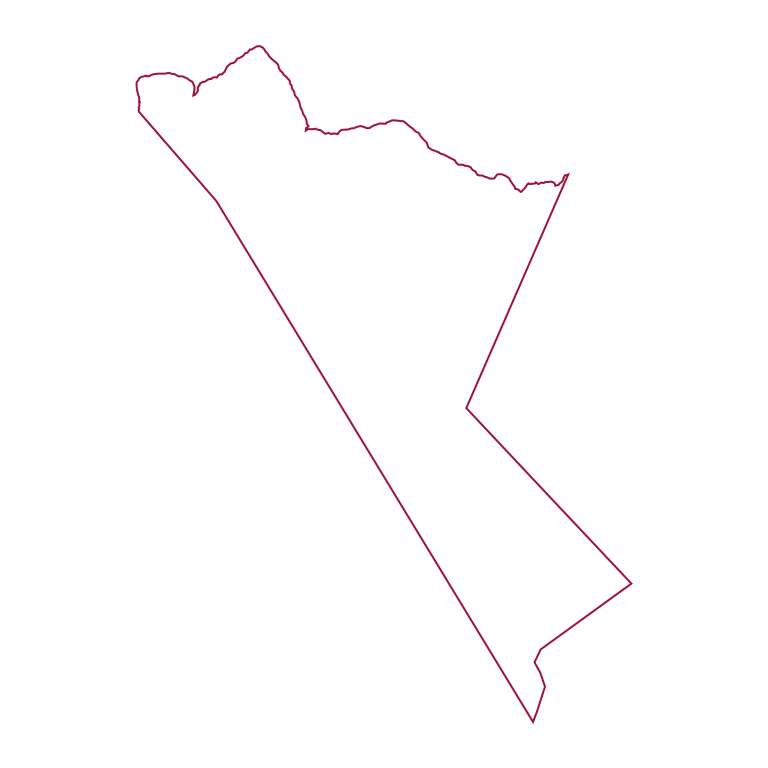 Urdmau, Ngardmau, Palau
{"feature_id": "81905179B21109401244182", "entity_name": "Urdmau", "entity_type": "district", "adm_level": 2, "iso_a3": "PLW", "parent_name": "Palau", "parent_adm1": "Ngardmau", "projection": "robinson", "projection_center": [134.588, 7.601], "detail": "fine", "context": "isolated", "style": "outline", "palette": "rose", "viewbox_px": 768, "rotation_deg": 0, "n_neighbors": 0, "source": "geoboundaries", "source_scale": "gbopen_adm2", "svg_char_len": 3026}
<svg xmlns="http://www.w3.org/2000/svg" viewBox="0 0 768 768"><path d="M568.2,174.5L567.0,175.0L564.8,175.4L563.6,177.9L563.1,180.0L561.7,182.1L559.8,183.2L558.7,184.8L557.4,185.2L555.3,185.7L554.6,183.4L553.9,182.7L551.3,181.6L547.6,182.0L545.2,182.1L543.9,183.0L541.4,182.6L539.6,183.6L538.0,184.1L537.8,183.8L536.7,182.8L535.5,182.4L535.2,183.4L533.0,183.8L531.3,183.8L529.8,184.2L528.4,183.4L526.8,185.0L525.3,187.7L523.1,189.9L521.6,191.5L520.5,191.9L518.9,190.0L518.3,189.5L515.3,188.8L514.7,186.8L513.7,185.4L512.6,184.1L510.9,181.4L509.1,178.3L506.5,176.4L503.8,175.0L501.1,174.2L497.3,174.4L495.9,176.1L494.4,178.3L493.0,178.6L489.7,178.6L487.5,177.5L484.5,176.7L482.7,175.6L479.9,175.5L477.5,175.0L475.3,171.4L472.5,169.9L470.4,167.1L467.9,166.1L464.5,165.7L463.5,164.9L460.9,164.6L458.6,164.8L456.3,162.9L454.8,160.3L451.0,158.4L447.3,156.4L443.1,154.3L441.3,154.0L439.7,153.0L438.4,152.2L435.4,151.0L432.0,149.8L428.4,147.5L427.4,144.7L426.7,142.6L423.0,139.0L420.4,135.9L418.8,133.0L415.3,131.3L412.8,128.6L409.3,126.2L406.5,123.6L403.6,121.3L400.3,121.0L396.4,120.5L392.2,120.3L389.8,121.4L386.8,122.5L385.8,123.7L383.1,123.6L379.6,123.5L377.5,124.3L374.0,125.4L370.8,127.1L369.5,128.1L366.6,128.1L364.2,127.1L360.9,126.1L357.3,126.7L354.0,128.2L351.1,128.5L349.3,129.1L347.6,129.6L345.8,129.6L341.4,129.9L339.4,131.6L337.6,134.1L333.7,133.4L331.3,134.2L328.9,132.9L325.1,133.8L323.0,132.2L320.7,130.2L317.7,129.8L315.8,128.7L312.8,129.2L310.5,129.2L307.8,129.1L305.8,130.6L306.1,128.0L307.2,127.3L308.5,126.3L307.8,124.9L306.9,124.1L306.4,120.2L305.0,116.7L303.3,114.4L302.2,110.8L300.9,108.4L300.1,105.7L299.3,101.9L297.3,98.1L294.9,95.4L294.0,91.2L292.4,89.2L291.8,87.4L291.6,85.5L290.3,84.1L289.7,80.7L285.9,76.4L283.8,75.0L282.6,72.6L280.6,71.1L279.0,68.4L278.1,64.7L276.2,62.6L272.1,59.3L269.2,56.4L267.3,53.2L265.7,51.8L264.6,49.9L263.0,47.8L259.9,46.1L256.5,46.5L254.7,47.6L253.3,48.4L251.7,49.5L249.9,49.5L248.1,51.9L247.4,52.7L245.2,53.3L243.6,55.3L242.4,56.4L239.3,58.0L237.2,58.7L235.4,61.7L233.1,63.0L230.9,63.4L229.1,64.8L227.1,66.7L226.0,68.8L224.7,71.7L223.2,73.0L222.1,74.3L219.7,74.4L217.8,76.0L217.0,77.5L214.3,77.2L212.4,77.8L211.3,79.0L209.2,79.0L208.5,79.5L207.6,79.7L205.1,81.6L202.7,82.0L200.0,83.5L199.4,85.5L198.8,85.7L197.7,88.2L197.9,90.9L196.7,92.7L194.6,95.1L193.3,95.5L193.8,93.1L194.5,89.4L194.4,86.3L193.2,83.5L192.0,81.5L189.6,80.4L187.0,78.2L184.8,77.4L183.0,76.5L179.9,76.3L177.9,76.1L176.2,75.0L174.8,74.2L172.4,74.0L171.2,73.6L169.3,73.0L167.9,72.8L166.7,73.4L164.8,73.6L162.4,73.7L159.7,73.7L157.6,73.7L154.9,74.1L153.3,74.3L151.3,75.0L149.2,76.0L147.6,76.5L145.9,75.6L144.0,76.4L141.8,76.8L140.3,77.5L139.1,78.5L138.5,80.0L136.6,82.5L136.6,85.7L136.8,88.6L137.4,91.7L138.3,94.9L139.3,98.3L139.1,101.8L139.8,102.1L139.2,104.1L139.5,106.3L138.6,107.9L139.1,109.1L138.6,110.6L139.1,111.9L216.4,201.1L533.0,721.9L536.9,711.9L545.0,686.6L540.2,672.6L534.5,662.3L540.7,649.4L631.4,583.6L560.0,507.8L466.3,408.1L568.2,174.5Z" fill="none" stroke="#9f1239" stroke-width="2"/></svg>